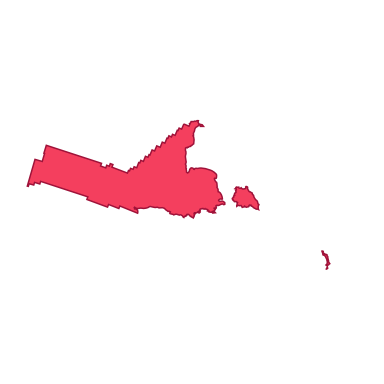 Bethel, Alaska, United States of America (Albers equal-area conic projection), rotated 206°
{"feature_id": "52423323B92128631774297", "entity_name": "Bethel", "entity_type": "district", "adm_level": 2, "iso_a3": "USA", "parent_name": "United States of America", "parent_adm1": "Alaska", "projection": "albers", "projection_center": [-164.344, 60.422], "detail": "fine", "context": "isolated", "style": "filled", "palette": "rose", "viewbox_px": 384, "rotation_deg": 206, "n_neighbors": 0, "source": "geoboundaries", "source_scale": "gbopen_adm2", "svg_char_len": 6083}
<svg xmlns="http://www.w3.org/2000/svg" viewBox="0 0 384 384"><g transform="rotate(206 192 192)"><path d="M343.4,170.1L342.1,161.9L341.4,162.0L340.0,153.8L347.4,152.5L342.6,125.1L341.6,125.3L342.0,128.0L337.3,128.9L337.7,131.6L332.3,132.5L332.7,135.2L283.5,142.0L283.2,139.2L261.3,141.4L261.5,144.2L250.5,145.1L250.7,147.8L231.6,149.1L231.7,149.7L232.2,150.8L232.7,151.5L233.2,151.9L233.8,152.0L235.0,152.1L235.5,152.0L236.0,151.7L236.1,152.2L237.0,152.4L237.1,152.6L236.9,153.2L235.9,153.0L234.6,153.0L233.8,153.3L233.0,153.7L231.0,155.1L228.3,156.0L226.9,156.9L225.7,157.8L224.6,158.9L223.8,160.2L223.2,160.7L221.0,161.2L218.3,161.9L217.0,162.8L216.1,163.2L215.1,163.2L214.6,163.3L211.6,165.0L209.8,165.2L209.2,165.1L208.1,164.6L206.6,164.3L205.9,164.3L205.0,164.0L204.4,164.5L203.9,164.7L202.7,164.6L202.8,163.3L202.2,162.9L199.0,163.6L198.4,163.4L196.8,165.0L196.0,165.3L193.8,165.6L193.2,165.7L192.6,166.3L192.1,166.6L190.2,166.4L189.2,165.8L188.6,166.2L188.5,165.5L188.1,165.5L188.2,166.2L187.9,166.7L187.3,167.2L187.6,167.5L187.6,167.9L186.6,168.2L186.4,168.8L186.8,169.4L186.7,169.7L185.5,170.3L184.7,170.3L184.2,169.9L183.9,169.9L182.7,169.3L182.2,169.7L181.3,169.3L180.4,169.4L179.5,169.2L179.5,169.9L179.3,170.8L179.8,171.4L179.6,172.0L179.8,172.7L179.7,173.3L180.2,172.9L180.6,173.2L180.8,174.0L180.7,174.4L179.5,175.0L179.2,174.9L178.2,176.0L178.3,176.5L177.6,177.1L177.4,176.6L177.0,176.2L176.3,176.3L175.9,177.3L176.4,177.6L176.2,178.5L176.5,178.9L177.2,178.7L177.1,180.4L176.1,180.9L175.7,181.6L175.0,181.6L174.8,182.0L174.2,181.8L173.4,182.0L173.0,182.8L172.5,182.5L171.2,183.0L170.5,182.9L170.1,183.0L169.9,182.7L169.9,181.8L169.0,181.9L169.0,182.1L168.5,181.7L168.2,181.6L168.1,182.1L167.7,181.8L167.1,181.7L166.2,182.1L165.7,182.2L164.9,182.6L164.0,182.8L163.9,182.3L161.9,183.6L163.4,184.2L163.8,183.6L164.3,183.2L164.4,182.9L165.1,182.8L165.4,183.0L165.2,183.4L164.7,183.6L163.8,185.1L163.4,186.3L163.4,186.7L163.5,187.0L164.8,186.8L165.0,187.2L164.2,187.8L163.5,188.0L163.3,187.9L163.2,188.0L163.2,188.4L163.5,189.0L164.4,190.0L164.3,190.4L164.0,190.8L163.4,191.2L162.8,191.1L161.5,192.3L161.0,193.1L159.6,194.5L159.2,194.7L158.0,194.5L157.8,194.6L157.2,195.2L157.1,195.4L157.8,196.6L158.0,196.9L159.9,197.2L160.7,197.2L162.9,195.7L164.0,195.8L164.3,196.0L164.5,196.3L164.4,196.9L163.8,197.8L163.5,198.1L163.0,198.4L161.8,198.7L161.6,199.1L162.8,200.8L164.3,202.3L166.1,203.5L167.2,203.8L168.0,203.9L168.5,203.7L169.2,204.6L169.3,205.1L169.7,205.7L170.7,206.6L171.5,207.0L171.7,207.3L171.7,207.6L171.7,207.8L173.5,210.8L174.2,211.5L174.8,211.5L176.6,212.5L177.5,213.5L177.8,214.1L177.6,214.4L176.8,214.5L176.5,214.7L176.3,214.9L176.3,215.1L176.4,215.9L177.1,217.6L177.5,218.2L177.8,218.5L178.4,218.8L180.8,219.5L183.4,219.8L185.1,219.7L190.2,218.9L194.4,217.5L195.8,216.7L197.3,215.6L198.8,215.1L199.3,214.7L199.8,214.2L199.9,213.8L199.8,213.4L200.4,213.2L201.4,213.8L201.8,213.8L203.0,213.5L203.6,212.9L204.0,211.3L203.7,210.3L203.6,209.1L203.7,208.3L204.3,207.2L205.6,207.4L206.2,208.6L207.2,209.9L207.3,210.5L208.0,210.9L208.4,212.0L209.0,213.2L209.5,213.7L209.8,213.8L210.0,214.1L210.2,214.4L210.1,215.2L210.4,216.4L211.6,218.1L213.4,220.8L213.9,222.2L214.2,223.7L215.1,225.5L216.2,226.6L217.1,228.7L216.6,229.5L215.7,229.5L215.4,230.5L214.8,230.7L214.4,231.7L213.2,232.4L213.2,233.3L212.6,233.8L212.0,235.4L211.6,236.0L213.0,239.8L214.8,242.4L215.7,242.9L215.4,243.5L216.5,245.5L216.5,247.7L217.1,250.1L216.9,251.7L215.5,253.9L215.3,255.3L214.3,255.7L213.3,254.6L210.4,256.0L212.2,256.9L215.4,256.2L217.2,257.4L217.5,258.9L218.7,258.4L219.6,257.2L220.8,256.8L221.3,256.1L223.7,254.9L223.6,253.6L224.1,252.6L223.7,252.6L223.6,249.8L228.5,249.6L229.1,249.1L228.9,244.0L231.6,243.8L231.5,241.1L232.3,241.0L232.0,235.5L234.8,235.3L234.6,232.5L237.4,232.4L237.2,229.6L238.1,229.5L237.8,224.0L240.6,223.8L240.2,218.3L243.9,218.0L243.6,212.5L246.3,212.3L246.0,206.7L247.0,206.7L246.8,203.9L249.5,203.7L249.1,198.2L251.9,198.0L251.7,195.2L252.8,195.1L252.3,189.6L255.1,189.3L254.9,186.6L257.6,186.3L257.4,183.6L258.5,183.5L258.3,180.7L274.8,179.2L275.1,182.0L277.9,181.7L277.6,178.9L280.4,178.7L280.1,175.9L285.6,175.3L285.9,178.1L343.4,170.1ZM125.5,205.4L124.5,205.4L124.9,205.8L125.4,206.5L126.2,208.1L126.3,208.9L126.3,210.0L126.8,210.2L127.7,210.4L128.0,210.9L128.8,211.9L129.9,212.7L131.1,212.9L131.7,213.1L133.7,214.3L135.1,215.7L135.2,216.0L136.8,216.5L137.1,217.1L137.5,217.5L138.8,217.5L139.6,217.7L140.3,217.4L140.9,217.5L141.6,217.9L141.9,218.3L142.3,218.4L143.0,218.8L144.0,220.1L144.0,220.5L144.3,220.8L144.9,220.9L145.8,220.7L146.0,220.1L145.8,219.8L145.4,218.9L145.6,218.4L147.0,217.3L147.7,217.0L148.6,216.9L149.7,217.4L150.1,216.5L151.2,216.2L151.9,216.3L152.2,216.8L152.7,216.3L153.5,216.2L154.2,216.0L154.5,215.4L154.2,215.2L154.1,214.7L154.4,214.4L154.7,213.8L153.5,214.0L153.1,213.5L153.4,212.4L152.8,212.1L152.7,211.3L152.3,210.9L152.4,210.5L153.0,209.9L153.0,209.0L152.8,208.1L152.4,208.1L152.1,207.8L152.3,207.2L152.8,206.7L152.6,205.8L152.2,205.4L152.3,205.0L152.6,204.9L152.9,204.3L152.9,203.6L152.3,203.1L151.5,203.0L151.4,202.5L150.5,202.4L149.7,201.9L149.1,202.1L148.5,202.6L148.1,202.8L146.5,202.5L146.7,201.9L146.3,201.6L146.2,201.1L146.0,200.5L145.9,199.5L145.5,198.8L145.3,199.2L144.6,200.3L143.3,200.5L141.9,201.4L140.1,200.2L139.7,200.7L138.6,201.4L138.7,202.1L138.6,202.4L137.3,202.1L136.5,202.1L136.1,202.5L134.9,203.4L134.5,203.9L134.8,204.5L134.9,204.9L134.3,205.7L133.9,205.6L133.1,206.0L132.6,205.3L131.3,205.5L130.0,204.9L129.3,204.9L128.6,204.8L128.0,204.9L126.8,204.7L125.5,205.4ZM36.8,188.0L38.7,189.1L39.0,189.9L41.1,192.4L41.5,193.3L42.9,194.2L43.2,194.8L43.7,194.8L44.8,194.5L46.7,194.7L47.7,195.1L48.0,196.2L48.7,196.2L49.3,195.8L47.6,194.1L47.1,193.5L47.0,193.2L46.4,192.8L46.0,193.1L44.9,193.0L43.7,192.4L41.2,190.4L40.5,189.3L40.2,189.1L39.6,188.2L39.1,186.6L39.2,186.2L39.4,185.8L39.6,185.1L39.0,184.9L38.2,185.8L37.4,186.2L37.2,186.8L37.1,187.3L37.1,187.7L36.8,188.0ZM37.2,181.7L36.6,182.9L37.6,184.2L37.5,183.2L37.6,181.9L37.5,181.6L37.2,181.7Z" fill="#f43f5e" stroke="#9f1239" stroke-width="1.5"/></g></svg>